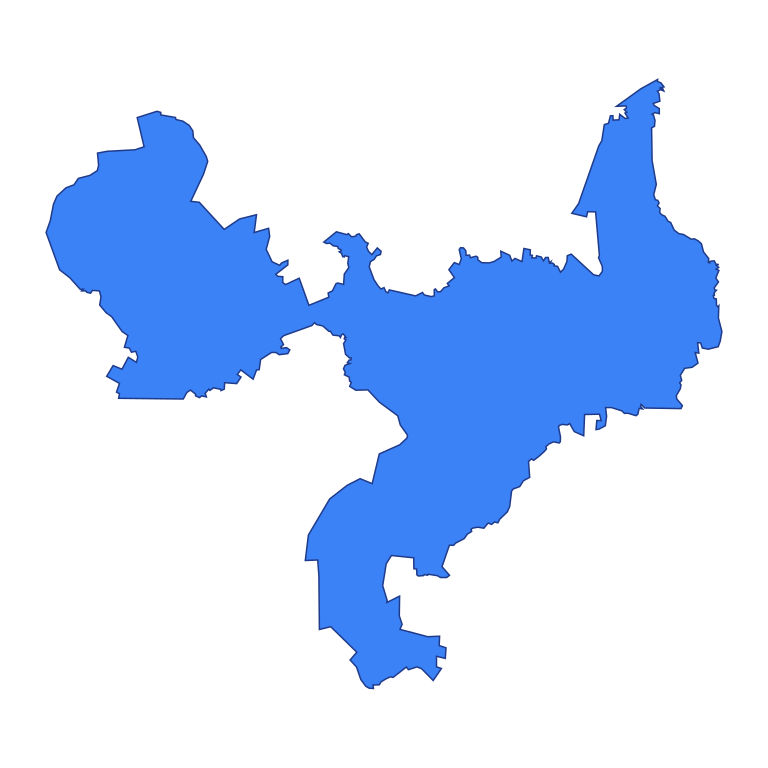 Pichucalco, Chiapas, Mexico
{"feature_id": "50627088B71001780437280", "entity_name": "Pichucalco", "entity_type": "district", "adm_level": 2, "iso_a3": "MEX", "parent_name": "Mexico", "parent_adm1": "Chiapas", "projection": "mercator", "projection_center": [-93.132, 17.509], "detail": "fine", "context": "isolated", "style": "filled", "palette": "blue", "viewbox_px": 768, "rotation_deg": 0, "n_neighbors": 0, "source": "geoboundaries", "source_scale": "gbopen_adm2", "svg_char_len": 6099}
<svg xmlns="http://www.w3.org/2000/svg" viewBox="0 0 768 768"><path d="M329.7,498.9L308.4,535.0L305.3,560.5L317.7,560.0L318.9,575.9L319.4,629.5L330.7,626.7L356.8,652.2L350.1,660.0L356.5,667.0L360.8,679.5L365.8,686.3L369.2,688.2L373.5,688.5L373.1,685.0L379.2,684.8L381.1,681.8L386.6,678.5L390.5,676.8L393.1,677.4L406.4,667.0L408.4,669.7L417.0,666.9L421.6,668.7L433.2,680.5L441.4,668.5L436.5,666.8L436.5,656.3L445.3,658.4L446.0,647.8L439.2,645.6L439.6,636.2L427.6,636.7L400.0,629.4L402.1,624.3L399.3,615.9L399.6,596.1L386.8,602.5L387.2,600.6L382.7,585.7L386.2,563.8L391.4,555.5L413.7,557.8L413.9,568.8L416.6,569.0L416.9,574.9L418.4,576.0L423.6,575.6L424.3,574.6L427.7,575.2L428.2,574.2L437.4,575.7L440.5,577.5L446.7,577.5L449.5,575.3L442.0,566.7L449.4,545.2L453.7,545.3L455.6,543.1L464.2,538.6L467.4,534.1L471.7,531.4L471.0,529.3L472.8,528.1L477.8,527.2L483.9,528.2L488.1,523.0L491.6,524.4L494.5,522.0L497.9,522.8L499.8,519.1L507.3,511.9L509.7,506.5L511.6,491.0L513.3,488.9L519.7,486.6L523.4,480.8L529.7,477.3L528.5,461.5L531.5,458.9L533.7,460.3L538.7,456.5L544.1,451.7L546.5,448.9L545.8,446.7L549.1,443.9L553.5,441.8L559.3,443.0L560.3,441.8L560.5,437.0L558.5,426.9L559.4,425.4L561.9,424.4L567.5,424.9L569.7,423.6L574.3,431.6L583.7,435.8L584.6,414.5L599.5,414.2L601.2,420.6L596.8,420.5L596.0,429.6L599.0,429.1L605.3,425.8L606.6,416.3L605.6,407.6L611.6,407.6L621.9,410.9L624.4,413.4L627.8,413.2L636.0,415.7L637.9,414.2L639.1,408.4L642.6,408.9L640.5,406.4L641.1,404.4L644.8,408.0L681.0,408.6L682.4,405.6L676.8,399.0L676.3,395.7L680.3,388.8L681.0,384.8L679.6,382.8L681.7,380.4L680.3,375.3L684.7,368.3L692.1,367.3L698.0,363.1L695.2,352.5L698.8,353.1L697.6,342.7L700.6,342.9L702.3,348.0L708.3,349.2L718.2,346.7L720.2,341.2L721.9,331.6L718.4,318.0L718.8,305.9L718.0,307.0L716.5,305.2L716.3,298.9L713.9,298.4L713.3,295.4L714.4,295.2L714.1,292.8L716.4,290.2L714.8,289.9L714.2,288.0L718.5,281.9L715.8,278.1L718.9,270.4L716.2,269.1L718.7,267.4L716.3,265.3L718.7,264.5L716.0,264.2L714.2,260.8L710.1,261.3L709.8,262.9L708.3,262.4L708.7,258.5L703.5,251.9L701.4,243.7L698.3,240.9L694.4,238.8L691.3,239.2L683.5,234.5L678.8,233.6L674.3,230.2L670.6,222.4L668.2,221.4L665.0,216.3L661.3,214.5L659.7,212.3L660.1,208.5L657.4,205.9L659.1,203.0L657.8,200.4L655.4,199.7L653.7,194.8L656.3,184.4L652.1,160.6L651.6,127.9L654.5,126.3L655.0,120.4L653.5,115.1L652.1,114.2L654.9,112.6L659.3,113.7L659.3,108.6L654.1,105.4L653.3,103.4L659.9,101.2L659.0,93.7L657.4,91.2L660.7,89.7L663.8,91.0L662.7,88.7L659.4,88.1L664.0,86.9L660.9,82.8L657.4,81.5L657.6,79.5L640.8,88.8L616.5,106.3L626.0,105.9L626.5,108.2L624.2,109.6L626.8,112.2L625.0,113.1L628.1,118.0L625.2,118.5L619.7,114.3L619.1,119.8L613.1,120.1L612.9,115.7L610.4,115.8L608.5,123.3L604.3,124.6L601.8,140.7L598.8,145.9L578.6,203.6L571.8,213.3L586.5,216.8L587.7,211.7L595.6,211.9L599.4,255.6L598.5,257.7L602.3,266.3L602.4,271.3L599.0,275.9L593.6,274.8L571.2,254.1L567.3,255.7L566.9,261.6L563.6,269.1L560.5,272.2L557.5,266.3L554.1,265.9L554.4,264.6L552.6,263.1L550.2,263.2L550.9,261.6L549.4,262.7L548.2,257.5L545.5,257.5L543.5,260.8L541.2,257.0L536.5,255.8L536.0,258.0L531.8,257.8L532.4,255.4L530.2,255.0L530.3,249.8L523.9,248.5L522.0,261.6L515.0,258.4L511.9,261.0L509.7,255.3L500.8,251.2L501.2,257.1L494.0,261.5L489.2,262.9L481.7,262.7L477.8,259.7L477.8,257.3L476.0,256.2L470.4,257.7L469.6,255.1L466.0,255.3L465.9,250.9L463.5,247.9L460.5,247.7L459.2,249.6L461.3,258.8L459.2,264.5L454.3,262.6L448.9,269.7L454.4,277.6L447.3,283.4L449.1,285.9L443.9,287.8L440.5,291.7L437.8,291.9L435.3,288.9L434.2,289.8L434.3,295.8L431.4,296.6L424.3,295.0L422.5,292.5L415.6,295.9L389.3,289.9L387.8,292.9L385.9,291.7L384.0,287.6L381.0,289.0L378.4,286.3L374.0,279.7L369.2,266.8L370.5,261.6L374.2,259.4L376.4,255.9L380.5,254.5L381.1,251.3L377.3,247.9L371.9,254.6L368.6,251.5L366.6,247.1L368.2,243.3L365.2,241.9L359.2,233.8L356.4,234.7L355.9,236.1L351.6,236.8L348.3,233.6L346.8,234.6L336.4,231.8L323.8,242.1L326.4,243.5L330.0,243.2L333.2,245.8L337.6,246.5L338.3,248.6L341.1,249.8L341.3,250.9L339.2,251.8L341.6,253.5L342.7,256.7L344.3,256.9L344.6,255.7L348.7,256.6L347.8,263.4L348.8,267.6L344.3,274.0L343.6,284.4L337.7,283.0L336.0,283.7L332.4,290.9L328.1,293.0L328.8,297.2L308.9,305.3L299.2,278.2L285.5,284.6L282.7,282.4L282.8,276.7L277.7,276.3L275.8,274.3L287.8,264.9L287.9,260.2L281.5,263.0L279.7,265.3L272.1,261.8L266.2,249.4L269.7,236.4L268.6,228.3L254.2,232.5L256.5,214.7L239.5,219.0L224.2,229.4L199.3,202.3L190.8,201.3L203.5,174.2L207.7,161.4L206.3,156.6L199.7,145.0L193.5,137.8L192.8,130.8L189.2,125.4L183.0,121.2L175.9,119.5L175.5,117.5L160.7,114.9L160.8,112.4L156.9,111.3L137.2,117.6L144.1,146.8L134.8,149.8L107.1,151.3L97.5,153.1L98.6,165.4L97.3,170.6L89.9,175.4L78.3,178.4L74.0,184.8L66.0,187.8L57.0,196.1L53.5,204.1L50.3,220.6L46.1,232.5L59.6,269.8L69.8,277.7L80.4,289.5L83.2,289.2L81.8,290.9L85.8,290.9L86.7,292.3L90.6,293.2L92.4,290.4L99.4,290.9L101.0,296.9L99.7,305.0L106.1,312.7L111.6,316.6L122.1,331.5L127.9,335.5L124.4,347.3L129.3,348.1L131.4,352.2L135.8,351.3L137.8,357.0L136.4,362.3L128.3,357.3L122.0,369.2L113.1,365.6L106.7,376.3L119.5,383.4L116.5,392.1L119.5,393.7L118.6,398.3L183.3,399.0L186.8,392.5L190.4,390.1L195.5,394.0L195.5,395.8L199.5,397.6L201.6,395.9L206.4,396.9L205.2,393.3L208.8,389.1L209.9,390.4L213.5,387.8L220.7,389.3L221.0,390.6L224.3,389.1L224.6,382.7L236.7,383.6L241.0,377.1L237.3,374.5L240.8,369.9L253.1,379.2L256.5,370.0L259.2,369.7L260.6,359.5L271.7,352.4L275.9,352.5L279.2,354.7L287.8,353.6L289.8,349.9L286.5,347.6L281.2,348.3L280.8,347.1L283.5,344.6L280.5,338.6L283.8,335.6L311.9,325.5L314.6,322.6L316.5,324.5L322.7,325.9L329.0,331.4L330.3,331.2L333.0,335.1L339.2,335.8L340.4,337.5L341.7,334.6L343.3,334.0L345.9,337.3L344.8,337.3L344.2,338.8L345.9,339.8L343.6,343.6L345.5,354.2L349.5,358.0L351.2,357.9L350.9,360.0L349.2,360.0L347.3,362.7L350.0,363.5L345.0,365.3L343.5,368.8L345.3,372.4L344.4,374.8L349.2,377.1L349.6,381.1L351.3,382.2L349.7,386.4L355.8,390.2L367.9,389.9L379.4,402.2L397.8,415.8L400.3,425.0L407.5,435.1L407.0,438.0L399.7,444.8L379.3,453.9L372.2,483.6L360.1,478.7L347.2,485.3L329.7,498.9Z" fill="#3b82f6" stroke="#1e3a8a" stroke-width="1.5"/></svg>